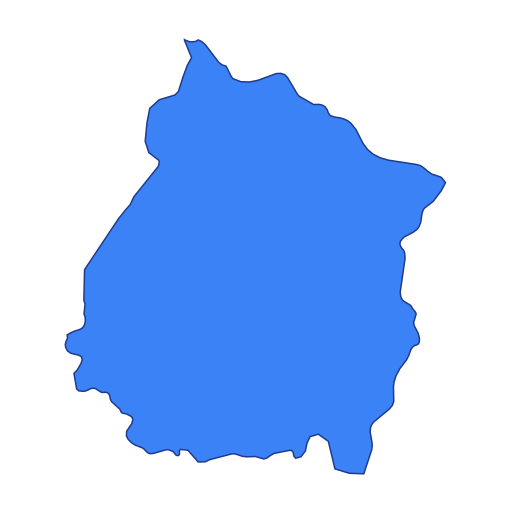 map outline of Maule (Mercator projection), rotated 95°
{"feature_id": "CHL-2705", "entity_name": "Maule", "entity_type": "Region", "adm_level": 1, "iso_a3": "CHL", "parent_name": "Chile", "parent_adm1": "", "projection": "mercator", "projection_center": [-71.352, -35.623], "detail": "fine", "context": "isolated", "style": "filled", "palette": "blue", "viewbox_px": 512, "rotation_deg": 95, "n_neighbors": 0, "source": "natural_earth", "source_scale": "10m", "svg_char_len": 2934}
<svg xmlns="http://www.w3.org/2000/svg" viewBox="0 0 512 512"><g transform="rotate(95 256 256)"><path d="M463.6,129.6L464.3,144.2L461.2,158.8L434.3,167.8L428.1,178.4L431.3,186.5L438.1,188.9L445.9,189.8L452.0,193.6L454.0,198.9L451.9,200.9L448.5,201.8L446.5,203.6L447.0,206.8L451.1,220.8L453.5,224.3L456.0,227.1L457.5,230.3L455.8,239.0L456.8,247.5L456.8,251.7L455.0,259.4L455.2,262.7L462.9,284.3L465.5,288.8L466.2,295.7L455.4,306.9L455.3,314.4L456.7,315.4L460.5,314.9L461.7,316.4L461.5,318.1L460.3,319.4L458.9,320.6L458.0,321.8L456.7,325.8L456.7,328.2L461.7,341.3L462.2,344.6L461.1,347.3L458.1,350.7L457.0,352.6L455.0,359.6L453.6,362.4L452.8,363.8L450.0,367.2L446.6,369.4L441.8,369.6L433.9,365.2L429.9,364.4L427.7,365.3L426.5,366.8L424.8,370.9L424.5,372.1L424.3,374.8L423.8,376.2L423.0,376.9L421.1,377.9L420.3,378.5L413.9,386.9L411.6,388.5L408.4,389.4L406.8,390.2L405.5,391.4L404.8,393.4L405.0,395.2L405.3,396.9L405.1,398.7L402.2,404.1L401.8,406.0L402.3,408.7L405.0,413.2L405.8,415.7L405.8,420.7L404.1,423.1L388.9,427.1L387.7,426.4L386.7,425.3L385.2,424.2L378.4,421.0L374.6,420.1L371.6,421.1L370.2,424.1L369.0,432.1L367.0,435.5L363.8,437.6L360.8,438.3L357.6,437.8L354.1,436.6L351.0,437.3L350.8,436.9L348.6,433.8L346.3,429.5L345.1,426.4L343.9,424.1L342.2,422.2L340.0,421.1L337.1,420.4L333.8,420.5L330.9,421.2L328.7,422.3L318.6,422.1L315.5,423.5L312.7,423.8L284.5,425.6L230.6,396.1L221.2,389.8L215.7,385.8L207.6,382.8L175.3,361.2L172.4,360.7L171.1,360.6L170.2,360.7L169.0,361.4L162.3,371.8L151.3,376.4L132.5,376.2L118.2,374.7L108.7,365.9L102.7,350.8L98.8,347.6L83.5,344.2L71.9,341.0L64.0,337.5L47.4,346.0L46.7,346.1L47.1,345.4L48.3,340.9L48.3,338.9L47.9,336.5L47.3,334.4L45.8,332.5L46.5,330.2L47.7,327.9L50.0,324.8L66.2,310.1L68.6,306.4L69.5,302.3L79.0,296.5L81.3,294.6L83.7,286.2L83.2,277.5L80.8,269.4L72.5,251.7L71.9,247.3L72.9,243.1L75.4,240.2L91.4,228.7L93.0,227.0L97.2,218.0L100.1,211.8L99.7,208.9L99.5,206.0L99.9,203.1L101.3,200.2L104.1,197.8L107.2,196.4L109.7,194.1L110.8,189.4L111.0,184.5L111.9,180.2L113.3,176.3L115.6,172.9L121.4,167.4L134.5,159.2L140.2,154.2L144.4,148.2L147.3,140.9L149.0,132.3L150.8,104.6L151.7,99.8L154.0,95.9L156.7,92.2L159.0,88.1L161.3,78.7L162.3,77.4L166.3,73.7L166.6,73.7L174.8,77.1L186.1,84.2L193.8,92.5L196.0,93.6L199.1,94.3L208.4,94.9L212.9,96.3L215.2,97.7L218.5,101.3L223.9,109.7L226.0,111.6L229.2,113.6L231.9,113.6L234.2,112.5L236.0,111.0L237.6,109.3L240.7,108.0L245.6,107.3L279.5,109.2L284.0,108.2L287.2,106.2L288.7,103.8L291.2,98.5L292.4,97.0L294.2,95.9L295.3,95.0L297.8,92.4L299.8,91.4L308.8,93.2L311.8,92.2L318.7,87.8L323.4,86.1L326.5,85.8L328.7,86.2L329.6,86.8L330.4,87.9L331.6,90.5L333.3,92.2L336.1,93.7L342.0,95.2L346.6,97.1L355.7,102.9L363.2,106.1L369.5,107.5L374.1,107.7L388.6,106.1L392.7,107.0L396.7,109.7L410.7,123.9L411.5,124.6L413.1,125.6L416.0,126.8L419.0,127.0L421.9,126.8L432.0,124.1L435.0,123.7L438.7,123.8L463.6,129.6Z" fill="#3b82f6" stroke="#1e3a8a" stroke-width="1.5"/></g></svg>